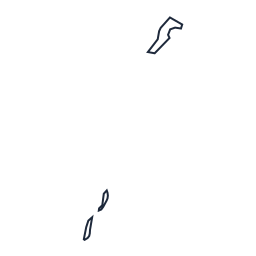 Cayman Islands, Mercator projection, rotated 128°
{"feature_id": "CYM", "entity_name": "Cayman Islands", "entity_type": "country or territory", "adm_level": 0, "iso_a3": "CYM", "parent_name": "North America", "parent_adm1": "", "projection": "mercator", "projection_center": [-80.432, 19.519], "detail": "fine", "context": "isolated", "style": "outline", "palette": "slate", "viewbox_px": 256, "rotation_deg": 128, "n_neighbors": 0, "source": "natural_earth", "source_scale": "50m", "svg_char_len": 577}
<svg xmlns="http://www.w3.org/2000/svg" viewBox="0 0 256 256"><g transform="rotate(128 128 128)"><path d="M19.9,152.7L24.3,155.5L29.9,153.8L31.5,150.7L52.7,153.0L55.9,159.1L39.8,159.2L32.5,163.1L28.9,163.9L15.1,163.0L13.1,149.0L17.0,147.5L19.9,152.7ZM231.8,99.9L225.4,102.2L220.4,101.3L231.7,95.2L234.6,93.2L237.0,92.1L239.6,92.1L242.9,93.4L242.9,94.3L231.8,99.9ZM210.5,100.5L209.1,101.3L204.7,100.7L194.7,106.6L190.3,106.3L191.7,104.2L193.7,102.2L196.1,100.8L198.3,100.2L205.4,99.0L208.7,98.9L211.0,100.2L210.5,100.5Z" fill="none" stroke="#1e293b" stroke-width="2"/></g></svg>